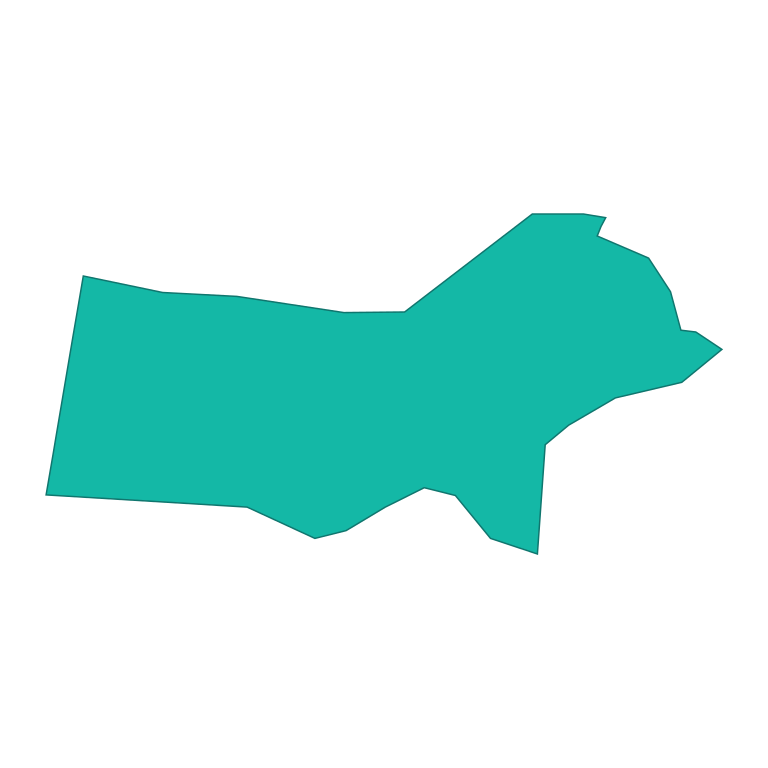 an SVG outline of Rubirizi
{"feature_id": "UGA-5621", "entity_name": "Rubirizi", "entity_type": "District", "adm_level": 1, "iso_a3": "UGA", "parent_name": "Uganda", "parent_adm1": "", "projection": "orthographic", "projection_center": [30.01, -0.246], "detail": "fine", "context": "isolated", "style": "filled", "palette": "teal", "viewbox_px": 768, "rotation_deg": 0, "n_neighbors": 0, "source": "natural_earth", "source_scale": "10m", "svg_char_len": 521}
<svg xmlns="http://www.w3.org/2000/svg" viewBox="0 0 768 768"><path d="M46.1,494.9L53.2,453.6L56.1,436.2L72.6,338.6L78.7,303.1L83.3,276.0L162.6,292.5L236.8,296.4L343.9,312.6L404.6,312.0L532.3,214.0L583.4,214.0L605.7,217.7L601.0,226.5L597.2,236.0L648.6,258.1L670.5,291.7L680.9,330.2L695.8,332.0L721.9,349.4L681.8,382.3L615.4,397.9L568.6,425.2L545.2,444.7L537.4,554.0L490.5,538.4L455.4,495.5L424.2,487.7L385.1,507.2L346.1,530.6L314.9,538.4L247.1,507.1L46.1,494.9Z" fill="#14b8a6" stroke="#0f766e" stroke-width="1.5"/></svg>